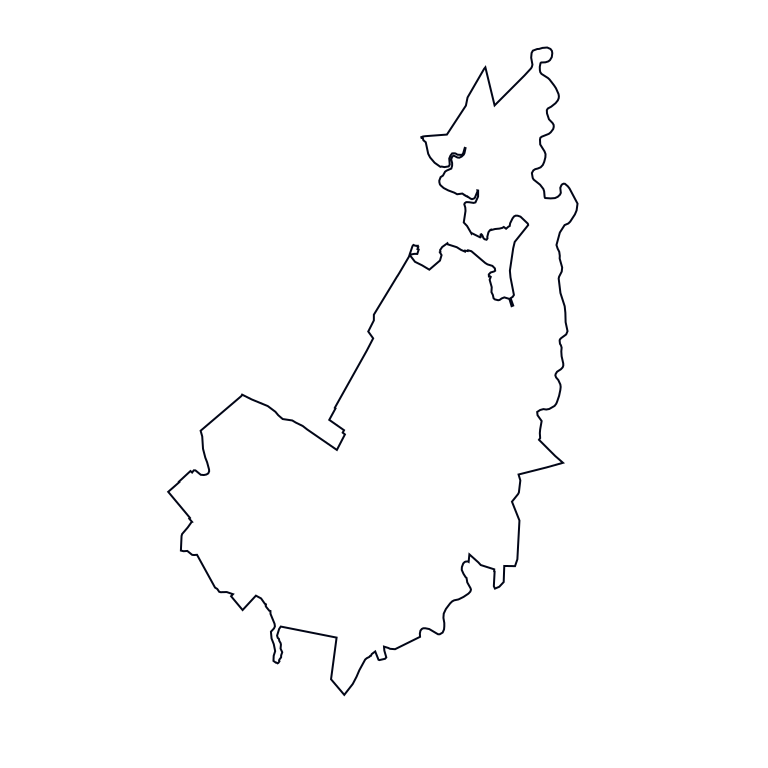 Gruiu, Ilfov, Romania (Natural Earth projection), rotated 78°
{"feature_id": "2599482B32768911582829", "entity_name": "Gruiu", "entity_type": "district", "adm_level": 2, "iso_a3": "ROU", "parent_name": "Romania", "parent_adm1": "Ilfov", "projection": "natural_earth1", "projection_center": [26.214, 44.706], "detail": "fine", "context": "isolated", "style": "outline", "palette": "ink", "viewbox_px": 768, "rotation_deg": 78, "n_neighbors": 0, "source": "geoboundaries", "source_scale": "gbopen_adm2", "svg_char_len": 6153}
<svg xmlns="http://www.w3.org/2000/svg" viewBox="0 0 768 768"><g transform="rotate(78 384 384)"><path d="M105.8,174.5L111.4,182.4L134.5,217.9L95.3,219.0L96.6,220.6L121.1,242.7L128.7,246.0L153.1,270.6L150.2,292.0L150.0,294.4L150.3,296.2L151.2,296.1L151.5,294.9L153.8,294.8L156.2,292.9L168.0,292.9L172.0,291.8L178.1,288.5L183.3,283.7L183.3,282.4L184.4,279.8L184.6,275.5L183.1,274.1L177.0,273.3L174.4,271.5L172.6,269.4L172.9,267.5L173.4,266.1L175.0,264.4L176.0,260.6L175.7,259.4L174.5,258.4L169.8,255.9L170.2,255.2L174.9,257.3L176.2,258.3L177.7,260.8L178.3,263.3L177.7,265.1L175.4,267.9L175.1,268.7L176.2,270.3L178.3,271.6L182.0,271.4L184.7,272.0L187.3,273.4L188.3,278.4L189.0,280.1L192.4,283.0L193.4,285.6L196.5,287.6L198.1,287.9L200.4,287.8L201.6,287.2L204.7,284.9L208.0,280.9L211.5,275.4L213.6,273.0L214.0,267.8L215.4,266.4L216.2,266.9L215.5,266.3L216.0,265.8L216.9,266.2L216.2,265.7L216.7,265.1L217.5,265.7L216.8,264.9L218.1,263.6L217.9,263.4L220.6,260.9L221.5,259.5L221.3,257.5L220.7,256.4L215.0,252.5L214.0,252.4L214.3,251.7L220.2,253.0L225.4,256.8L225.5,258.7L223.8,263.2L223.2,265.8L223.9,267.4L224.9,268.1L228.3,267.8L231.7,268.3L242.6,272.4L246.7,269.9L255.0,267.2L254.6,266.9L260.6,259.4L260.5,259.0L257.9,258.4L257.7,257.7L258.8,257.0L262.2,256.3L263.3,255.5L264.2,253.7L263.1,252.5L261.6,252.4L257.3,250.3L255.6,248.4L255.3,247.4L255.7,247.4L255.5,243.1L256.0,238.7L255.9,235.8L255.3,234.2L257.5,232.3L256.0,229.6L255.6,228.2L253.0,227.2L248.7,223.8L247.1,221.9L246.7,220.1L247.2,218.2L248.7,215.7L257.0,210.0L258.5,209.9L272.2,226.6L278.1,229.4L299.3,237.3L306.0,238.1L323.9,238.4L325.5,240.0L326.4,242.3L334.1,241.3L334.4,243.0L327.6,243.6L326.6,244.1L324.3,248.3L324.8,251.2L325.8,253.4L325.8,254.9L324.3,258.0L322.9,259.0L319.6,259.0L316.5,259.8L311.7,258.5L304.0,259.0L301.4,257.3L300.7,257.9L300.6,259.0L298.6,258.7L297.1,256.5L296.8,252.9L296.3,251.7L294.0,251.5L291.0,253.4L288.5,257.9L286.7,259.8L272.3,270.9L270.7,274.0L271.4,274.4L270.4,277.0L271.3,277.3L268.9,280.7L265.3,284.4L260.7,292.5L259.5,292.7L262.1,298.6L264.7,301.3L266.4,301.3L266.7,302.0L269.9,300.9L274.9,303.6L281.6,315.9L275.9,322.0L270.9,328.3L262.9,332.1L264.4,332.9L278.6,345.9L280.9,348.1L280.4,348.7L281.0,348.3L314.1,379.5L319.7,380.7L329.4,388.5L337.1,385.1L347.9,394.0L397.1,437.1L397.8,436.5L407.7,445.0L420.9,432.7L423.0,434.5L425.2,432.7L438.7,443.8L412.5,468.6L408.2,472.2L403.4,478.3L400.6,481.3L397.2,490.4L392.6,493.9L388.6,496.0L381.4,502.3L371.6,516.6L364.9,525.0L366.1,526.0L391.6,573.1L397.5,572.7L409.7,574.5L418.9,574.1L423.8,573.3L431.2,572.9L433.1,573.2L434.9,574.5L435.6,576.5L435.6,579.1L434.7,582.1L429.3,586.4L428.9,588.0L430.7,590.1L428.9,591.4L436.9,604.9L437.4,604.6L444.6,617.5L474.7,601.6L475.2,602.5L479.0,600.4L479.1,601.0L483.6,605.9L488.7,612.6L490.5,613.6L504.7,617.3L505.9,614.8L506.4,611.1L511.2,607.2L511.8,605.4L512.2,602.4L548.0,591.6L549.8,589.7L553.0,588.4L553.7,587.0L554.8,581.1L558.2,575.4L559.8,577.7L575.7,569.3L564.4,553.3L568.2,548.8L574.3,546.2L574.6,545.5L575.4,545.3L576.4,545.9L577.7,545.5L582.0,543.3L582.4,542.3L585.3,542.8L595.8,540.9L598.4,541.1L600.2,542.4L602.8,546.1L609.5,546.9L615.6,545.9L622.7,546.0L626.9,548.4L631.9,549.7L634.1,547.7L634.1,547.2L635.1,546.2L634.8,545.3L633.5,543.9L632.6,544.1L631.8,543.6L630.0,541.5L628.0,541.0L625.2,539.3L621.3,540.2L617.5,539.0L615.9,539.0L613.6,539.8L611.4,539.8L610.3,540.7L607.9,540.9L601.8,537.5L599.8,535.4L622.2,483.1L661.8,497.2L679.8,487.5L670.9,476.9L664.6,471.7L658.8,467.6L649.6,459.7L648.6,457.8L647.9,455.1L647.1,454.1L647.2,453.4L645.6,452.1L643.8,448.2L652.6,446.7L653.1,445.9L653.0,440.1L651.9,438.6L644.9,439.1L640.9,438.6L643.0,434.8L644.3,433.1L645.7,428.3L638.8,401.3L635.5,400.8L632.8,399.6L631.5,398.0L631.1,396.5L631.5,394.4L633.1,390.7L640.0,383.2L640.4,381.5L639.3,378.3L636.5,376.3L633.6,375.4L630.3,374.7L625.1,374.5L621.0,373.3L616.9,370.2L612.3,364.9L610.8,362.5L610.2,360.4L610.2,355.9L608.8,350.5L606.6,345.0L605.0,342.7L603.3,341.7L601.8,341.8L595.4,343.8L590.8,343.6L590.0,344.3L586.2,345.7L582.0,346.6L579.3,345.9L576.0,343.8L574.9,342.1L574.7,341.0L575.0,338.8L575.6,338.2L568.4,335.9L578.1,328.8L581.2,327.0L588.2,314.7L590.2,315.2L590.5,314.8L604.6,318.6L607.2,318.0L606.3,313.4L602.6,308.1L587.0,304.2L589.4,293.7L583.2,290.0L545.7,279.9L525.7,283.3L519.5,275.7L518.1,274.6L506.7,270.7L500.5,271.2L499.4,242.4L498.3,225.3L489.9,231.6L470.8,244.0L469.4,242.5L464.5,241.8L460.9,240.7L453.0,237.5L446.5,240.3L443.2,240.0L441.9,236.7L441.7,233.3L442.7,230.6L442.8,227.6L440.9,221.7L439.1,219.6L437.2,218.3L432.0,215.2L426.6,212.8L423.6,211.8L421.2,211.6L416.3,212.7L413.4,214.3L411.2,214.6L409.9,214.0L408.0,212.2L406.3,207.8L404.9,205.8L403.3,204.8L401.2,204.4L393.8,204.5L389.0,203.8L385.4,202.7L382.9,202.9L381.3,203.5L378.1,203.2L377.0,202.7L375.9,201.1L373.4,195.5L370.5,193.5L361.3,193.5L352.1,191.8L345.5,191.1L331.7,192.5L317.1,191.2L315.4,190.4L311.0,186.8L307.1,185.5L297.8,186.1L295.2,185.4L291.1,185.1L287.7,186.0L283.9,186.4L272.4,180.5L266.1,174.3L265.3,170.3L263.9,168.1L257.8,162.0L254.2,159.5L247.8,157.2L231.3,161.9L228.8,163.1L225.8,165.4L225.4,166.6L225.7,168.1L226.5,169.2L228.8,170.8L233.8,171.3L235.4,172.5L237.0,175.1L237.7,178.1L237.1,182.4L235.6,187.7L234.5,188.0L228.8,187.3L226.3,187.6L221.5,189.9L215.2,195.1L213.4,195.7L208.4,195.5L206.1,193.5L205.3,191.4L205.2,188.8L204.6,185.7L202.8,183.1L200.0,181.1L195.8,179.0L192.7,178.2L189.9,178.6L182.2,181.4L177.3,180.6L175.6,179.8L174.9,178.3L173.6,170.8L172.5,168.6L169.8,165.5L167.8,164.5L165.8,164.2L163.9,164.8L159.4,167.6L153.2,168.3L150.0,167.8L148.6,166.5L147.5,162.8L145.0,157.8L142.7,155.0L140.8,153.7L138.9,153.1L136.7,153.0L130.5,154.3L127.4,155.5L120.5,158.8L118.8,160.0L113.4,165.5L111.5,166.3L109.5,166.3L106.2,165.7L102.7,164.2L102.2,163.4L102.9,159.3L102.6,156.2L101.7,154.3L99.1,151.9L95.4,150.6L93.1,150.5L90.9,151.5L88.8,154.4L88.2,159.1L88.5,162.6L88.2,164.5L88.9,169.1L90.9,170.8L95.4,172.2L102.5,172.4L104.5,173.4L105.8,174.5ZM262.9,332.1L263.0,327.2L263.7,324.4L259.7,322.1L259.0,323.2L257.1,322.0L256.5,322.7L255.8,322.3L255.3,324.6L254.1,326.3L255.1,327.5L262.9,332.1Z" fill="none" stroke="#020617" stroke-width="2"/></g></svg>